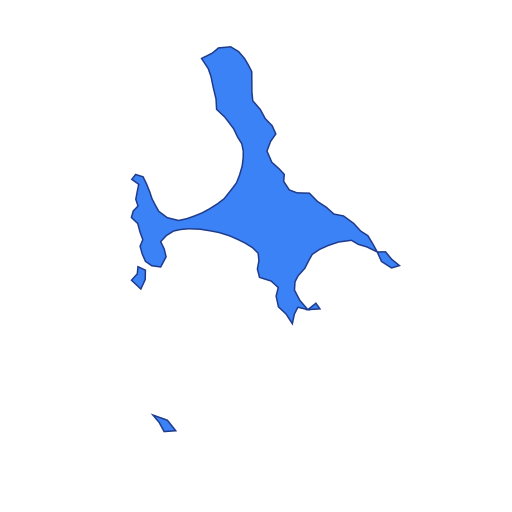 Bombinhas, Santa Catarina, Brazil, rotated 106°
{"feature_id": "56859067B26603049963849", "entity_name": "Bombinhas", "entity_type": "district", "adm_level": 2, "iso_a3": "BRA", "parent_name": "Brazil", "parent_adm1": "Santa Catarina", "projection": "natural_earth1", "projection_center": [-48.508, -27.166], "detail": "fine", "context": "isolated", "style": "filled", "palette": "blue", "viewbox_px": 512, "rotation_deg": 106, "n_neighbors": 0, "source": "geoboundaries", "source_scale": "gbopen_adm2", "svg_char_len": 1879}
<svg xmlns="http://www.w3.org/2000/svg" viewBox="0 0 512 512"><g transform="rotate(106 256 256)"><path d="M293.3,191.4L286.6,201.6L278.2,209.6L270.1,211.4L263.4,210.1L254.4,205.7L245.2,203.9L238.9,202.4L232.1,196.7L226.0,189.5L219.8,180.5L214.6,168.6L216.6,160.9L216.7,152.0L218.7,140.6L212.9,146.3L205.6,154.1L203.2,162.2L197.7,171.2L193.4,182.9L194.2,192.7L189.7,202.0L186.7,211.8L180.9,222.0L184.0,234.0L183.3,242.2L176.6,250.0L169.8,251.3L165.9,257.7L161.6,266.6L152.1,274.4L141.9,273.6L133.2,270.6L126.4,276.3L121.4,285.0L114.0,292.2L107.7,301.9L99.3,305.2L90.1,307.9L80.0,310.9L74.4,316.1L69.3,321.5L64.3,329.1L61.9,338.0L66.3,349.4L73.1,354.0L81.1,362.8L89.1,353.5L95.9,348.7L105.3,343.8L116.1,337.7L125.9,334.3L131.1,324.2L139.9,312.5L146.7,306.5L152.0,300.6L158.8,297.1L165.1,295.4L173.0,294.1L182.4,294.1L191.0,294.9L199.8,298.3L209.7,302.4L216.3,307.3L223.4,313.6L229.5,319.8L234.2,325.8L239.2,332.8L243.2,340.2L243.6,351.9L239.9,361.7L235.2,366.5L229.7,371.7L223.7,375.8L217.0,381.0L211.0,386.4L210.8,394.2L216.6,396.5L219.4,388.5L225.8,388.0L234.6,387.2L240.5,383.2L246.6,386.4L253.3,386.4L257.4,378.6L264.8,374.2L271.5,369.3L278.6,370.1L285.3,366.0L291.6,360.8L294.1,353.5L292.8,344.6L281.6,342.2L274.5,346.2L268.5,351.6L261.0,347.8L254.7,342.1L251.2,335.6L248.3,328.0L245.6,316.9L244.3,306.0L243.6,297.9L243.9,286.9L245.2,277.5L246.6,269.9L248.9,261.7L252.7,254.7L259.7,251.9L268.1,251.1L275.6,246.7L275.9,234.5L280.2,225.9L289.0,225.6L298.7,220.4L303.5,211.1L311.1,202.4L301.2,203.1L293.7,201.6L293.3,191.4ZM319.5,357.6L309.1,356.0L300.1,358.4L298.8,366.5L305.9,365.2L313.6,369.0L319.5,357.6ZM218.7,140.6L226.7,133.8L230.1,122.4L225.7,115.5L221.7,124.8L216.3,132.6L218.7,140.6ZM442.7,303.2L450.1,295.9L446.1,285.0L438.3,295.9L437.3,311.2L442.7,303.2ZM293.3,191.4L289.2,180.0L284.9,185.4L293.3,191.4Z" fill="#3b82f6" stroke="#1e3a8a" stroke-width="1.5"/></g></svg>